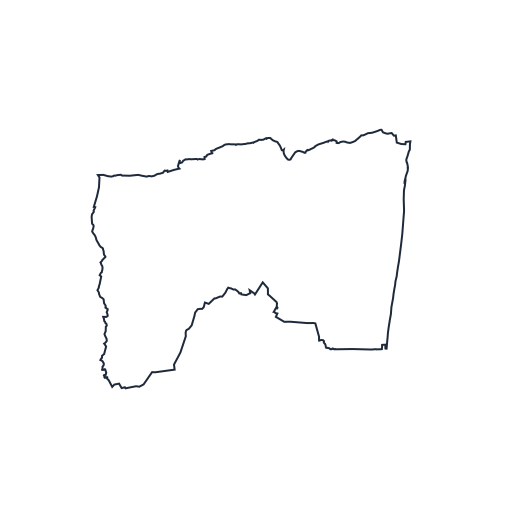 outline of Armería, Colima, Mexico, rotated 247°
{"feature_id": "50627088B45390656969896", "entity_name": "Armería", "entity_type": "district", "adm_level": 2, "iso_a3": "MEX", "parent_name": "Mexico", "parent_adm1": "Colima", "projection": "mercator", "projection_center": [-103.991, 19.009], "detail": "fine", "context": "isolated", "style": "outline", "palette": "slate", "viewbox_px": 512, "rotation_deg": 247, "n_neighbors": 0, "source": "geoboundaries", "source_scale": "gbopen_adm2", "svg_char_len": 6057}
<svg xmlns="http://www.w3.org/2000/svg" viewBox="0 0 512 512"><g transform="rotate(247 256 256)"><path d="M392.3,142.1L389.4,142.6L380.6,138.3L373.0,132.9L364.6,125.9L364.4,126.3L363.8,127.1L363.5,126.8L362.5,125.7L361.8,124.8L360.9,124.1L360.1,124.0L359.5,123.2L358.4,121.3L356.3,120.0L350.0,117.8L349.1,117.9L348.5,118.3L347.6,118.4L347.0,118.2L346.2,117.8L345.2,117.0L344.5,116.5L343.7,115.6L342.6,114.8L341.2,114.9L339.9,115.2L338.1,115.7L336.5,115.8L334.9,115.7L333.5,115.4L331.9,115.5L328.7,115.9L327.1,116.0L325.0,116.6L323.5,117.8L322.4,118.0L321.6,117.7L320.5,117.7L319.2,117.4L317.4,116.8L316.8,116.7L316.0,116.7L314.7,117.1L314.1,117.1L313.8,116.8L313.1,114.7L312.5,113.6L312.4,113.1L311.5,112.0L310.8,110.3L310.0,110.4L308.8,110.3L307.8,110.3L307.0,110.5L306.0,110.4L304.6,109.9L303.1,109.0L302.0,108.1L301.3,107.7L301.1,106.7L299.4,104.6L297.6,105.5L290.8,100.8L289.5,99.5L288.8,99.3L287.7,98.3L286.5,96.7L284.0,97.1L282.3,96.7L279.3,96.6L277.3,98.1L275.7,98.8L271.8,97.7L269.0,98.2L268.0,97.7L267.4,97.3L266.9,97.8L266.4,97.7L265.0,98.7L263.8,98.0L263.1,97.0L262.6,96.6L261.3,96.6L259.3,96.3L258.7,95.9L258.5,95.3L258.5,94.2L259.7,91.6L257.8,91.5L255.3,90.9L254.5,91.3L253.3,91.3L253.1,91.2L252.2,91.7L251.9,91.8L250.2,91.4L249.5,90.1L245.6,88.3L243.3,86.0L241.8,85.9L238.3,86.1L238.1,86.1L236.1,85.4L235.5,84.4L234.8,82.8L234.7,82.0L231.3,82.7L225.1,77.9L224.3,75.3L222.5,74.5L221.8,72.9L221.0,72.1L219.7,73.3L218.8,73.7L216.4,73.9L214.9,73.0L214.1,71.5L212.0,70.6L211.7,70.0L211.3,69.9L210.7,71.3L210.9,72.5L210.5,72.9L207.1,72.5L205.3,71.2L205.7,70.2L205.7,69.5L205.5,69.3L205.2,69.3L204.8,69.7L204.2,69.6L203.6,69.1L202.8,69.4L202.8,69.8L203.1,70.2L202.6,70.6L202.8,71.4L202.5,71.7L201.1,71.1L199.2,71.9L191.7,72.5L193.0,75.4L192.0,80.1L186.9,80.7L186.4,84.0L185.2,84.2L183.0,94.7L181.3,97.5L181.7,102.3L189.7,115.0L188.4,117.6L183.2,136.7L188.1,138.1L196.6,148.6L209.5,160.0L213.0,161.3L214.1,162.1L214.5,162.4L215.0,163.2L215.2,165.6L216.4,168.0L217.3,169.7L224.6,175.7L227.7,177.9L229.8,181.6L229.3,183.6L228.4,185.8L229.2,187.8L233.1,190.8L230.4,193.8L233.2,201.1L232.8,202.2L232.7,207.2L231.8,209.1L234.2,213.5L237.0,216.8L237.7,218.1L236.5,219.4L236.1,220.2L233.9,222.2L233.4,223.7L231.7,224.8L230.7,225.3L229.6,225.8L228.2,225.9L228.0,226.0L227.7,227.6L226.4,227.5L223.8,231.7L224.0,234.7L224.0,236.2L227.0,236.8L222.4,239.7L221.0,240.0L229.1,251.9L221.6,254.3L216.0,252.0L213.9,253.1L205.6,256.9L204.0,256.8L203.5,256.4L201.4,255.4L200.5,255.5L200.5,255.4L200.1,255.5L199.8,255.4L199.7,255.2L199.8,255.2L200.6,254.4L197.6,250.5L197.3,251.0L195.9,251.6L194.7,253.2L192.2,250.5L184.4,256.3L182.0,262.1L174.2,277.0L171.9,282.6L170.8,284.3L157.1,282.5L156.3,282.2L153.5,281.0L153.3,281.5L153.2,283.3L152.9,283.9L152.2,284.9L151.0,285.3L150.2,284.7L148.8,284.8L148.5,285.0L148.1,285.2L147.1,285.2L146.4,285.1L145.3,284.8L144.2,284.7L143.5,285.6L143.5,286.1L143.3,286.4L142.2,287.6L141.2,287.9L141.1,288.0L141.0,288.4L140.6,289.4L140.6,289.7L140.9,290.1L140.9,290.5L139.5,291.6L139.5,292.5L139.0,292.9L132.6,308.6L124.8,325.7L123.4,329.9L122.9,330.5L122.3,332.2L121.4,334.4L121.1,335.5L122.9,336.4L123.3,336.7L124.9,337.3L124.9,337.5L123.8,340.5L121.2,339.3L120.2,339.0L119.7,340.0L125.4,343.0L129.4,345.2L133.3,347.2L137.6,349.7L145.3,354.5L149.7,357.4L155.9,360.6L163.8,365.8L167.2,367.7L171.5,370.4L174.6,372.5L178.2,374.5L182.4,377.6L185.4,379.3L190.3,382.3L195.4,385.6L210.5,394.4L219.0,399.2L239.6,409.9L250.7,414.2L258.7,417.9L262.2,420.3L265.7,422.3L265.7,421.5L266.7,422.0L268.3,423.2L268.1,423.5L269.1,423.8L271.3,425.4L275.0,428.8L277.7,430.3L278.0,430.1L278.7,430.6L280.2,431.0L283.0,431.5L283.2,431.3L285.0,431.6L286.4,432.3L288.3,434.1L292.7,437.7L293.3,438.7L294.3,439.4L298.6,441.3L301.2,442.9L302.5,438.4L300.5,437.2L302.3,433.5L305.4,429.9L312.4,431.8L312.8,430.0L316.2,428.9L317.2,424.7L318.4,423.1L320.2,421.2L322.9,420.9L323.3,420.6L323.6,419.3L323.6,416.7L323.9,412.8L324.2,410.6L324.8,408.5L325.3,407.2L325.1,402.0L325.4,401.4L325.9,400.0L325.5,399.3L324.7,397.1L323.1,392.0L323.1,389.6L323.3,386.8L324.9,384.2L325.6,383.4L326.1,383.1L327.3,381.0L327.5,380.4L327.9,378.1L327.6,376.2L328.6,374.4L330.0,375.0L331.5,373.9L332.5,372.5L332.6,372.4L332.6,371.4L333.2,371.7L333.1,370.2L333.6,368.4L333.6,367.9L333.2,367.2L333.5,367.2L333.7,365.4L333.8,362.3L334.3,357.2L334.1,354.7L333.8,353.1L333.4,352.6L333.0,350.1L333.1,348.8L332.9,347.2L333.0,345.8L332.9,345.8L332.9,345.4L333.5,344.9L333.4,344.2L332.9,343.5L332.7,342.6L332.3,342.1L331.8,341.9L331.8,341.5L332.1,340.9L333.5,339.8L334.2,338.9L335.4,337.5L336.3,335.8L336.3,334.5L336.1,332.6L333.4,328.3L332.2,326.5L331.4,325.6L331.5,324.3L332.3,323.1L334.8,322.2L337.4,321.7L339.1,321.7L340.0,321.8L342.0,322.4L343.0,323.1L342.6,322.0L343.3,321.1L346.0,321.2L348.0,321.1L348.9,321.0L350.5,320.6L351.4,320.4L352.3,320.3L353.0,319.8L354.1,318.4L356.1,316.6L358.9,315.3L359.2,315.0L359.9,313.2L360.0,312.5L359.9,312.0L359.8,311.6L360.5,311.4L360.2,308.2L360.3,308.0L360.8,306.2L361.9,304.1L361.4,302.2L361.5,299.8L361.6,298.9L361.2,297.9L361.7,297.4L361.9,296.0L362.2,294.3L363.0,292.3L363.1,291.0L363.5,289.2L363.9,288.3L364.4,286.2L366.0,283.0L366.1,281.9L366.2,282.0L368.4,277.0L369.7,274.5L370.6,271.3L370.5,269.6L370.1,268.4L370.1,264.9L370.2,262.2L370.1,260.3L369.7,259.6L369.6,258.9L369.8,258.0L370.2,255.8L368.2,255.6L367.7,256.0L367.6,255.9L367.9,254.6L368.1,252.0L368.1,250.7L367.9,250.1L367.0,249.2L367.3,247.3L365.3,246.6L365.5,245.3L366.4,243.6L366.5,243.2L367.3,242.1L367.7,240.0L367.8,240.0L368.2,239.7L368.6,239.0L370.3,234.3L371.4,232.1L371.7,231.0L372.1,229.6L372.5,229.0L372.5,228.8L372.1,226.2L371.0,224.5L371.3,221.9L374.2,223.4L369.3,219.3L367.4,219.2L366.4,219.6L367.3,214.1L367.9,207.6L369.3,207.9L369.6,206.2L370.3,205.5L369.8,204.2L369.0,203.1L369.3,199.7L369.8,198.2L370.0,196.6L369.6,193.8L370.1,191.0L371.5,188.7L371.8,186.4L374.2,182.7L376.7,179.3L379.2,171.2L382.4,164.1L383.6,163.3L384.7,159.7L384.9,157.8L385.5,156.8L385.3,156.0L385.5,154.1L387.3,150.9L390.3,147.2L392.3,142.1Z" fill="none" stroke="#1e293b" stroke-width="2"/></g></svg>